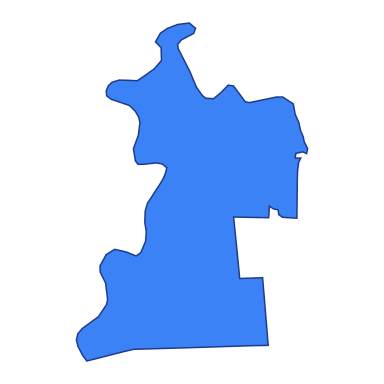 Roca Sales, Rio Grande do Sul, Brazil
{"feature_id": "56859067B6825501314110", "entity_name": "Roca Sales", "entity_type": "district", "adm_level": 2, "iso_a3": "BRA", "parent_name": "Brazil", "parent_adm1": "Rio Grande do Sul", "projection": "albers", "projection_center": [-51.837, -29.244], "detail": "fine", "context": "isolated", "style": "filled", "palette": "blue", "viewbox_px": 384, "rotation_deg": 0, "n_neighbors": 0, "source": "geoboundaries", "source_scale": "gbopen_adm2", "svg_char_len": 1423}
<svg xmlns="http://www.w3.org/2000/svg" viewBox="0 0 384 384"><path d="M86.8,361.0L121.4,352.2L133.6,349.3L182.2,347.9L192.2,347.6L254.6,345.6L268.2,345.4L264.2,296.8L262.6,277.7L239.7,278.5L237.2,252.4L233.6,217.0L251.1,217.4L268.7,217.7L269.4,206.1L273.3,208.8L278.2,209.9L278.7,214.6L282.5,217.3L296.9,218.2L297.3,180.6L297.6,170.4L298.6,162.4L300.7,158.1L295.2,158.1L295.8,153.4L302.9,151.9L306.6,153.6L307.6,148.5L304.1,141.5L303.3,136.9L300.5,130.4L298.8,122.3L295.2,114.4L293.3,103.9L282.7,97.0L276.5,97.0L249.5,102.6L245.2,101.7L233.5,85.9L228.1,85.2L221.0,92.5L213.6,98.7L205.6,98.2L202.0,95.1L196.5,87.3L189.9,71.6L178.3,48.8L177.6,44.4L181.5,39.8L193.7,33.4L195.6,28.3L189.3,23.0L177.6,24.5L167.2,28.5L160.4,33.2L155.5,41.9L161.1,47.7L161.5,60.4L154.3,68.8L143.2,76.7L137.4,80.7L133.1,80.6L128.0,80.3L119.1,80.1L111.9,82.3L108.3,85.9L106.2,91.0L106.7,95.9L111.0,99.2L129.5,105.5L135.4,111.4L138.8,117.2L139.9,122.8L138.4,135.1L133.4,148.8L135.4,160.9L138.0,164.3L143.1,164.3L156.5,162.9L162.4,164.1L166.8,167.7L165.3,173.7L163.0,179.0L159.4,185.0L156.8,188.9L153.9,193.4L150.3,199.0L147.6,202.9L145.2,211.1L144.8,222.5L146.3,231.7L145.6,241.2L140.8,252.6L136.1,256.0L126.4,252.0L114.7,249.3L106.2,254.6L100.0,266.0L100.2,272.0L105.6,283.0L107.6,299.6L106.5,304.7L103.1,309.7L98.5,316.6L82.4,328.4L77.8,333.8L76.4,339.8L77.9,346.2L82.6,355.4L86.8,361.0Z" fill="#3b82f6" stroke="#1e3a8a" stroke-width="1.5"/></svg>